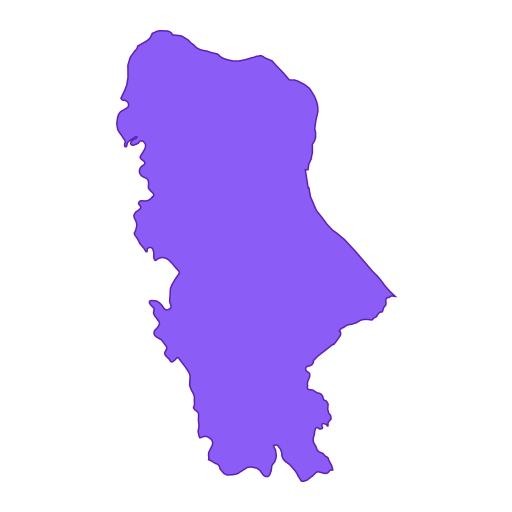 the district of El Peñon, Bolívar, Colombia
{"feature_id": "7082276B39093540987774", "entity_name": "El Peñon", "entity_type": "district", "adm_level": 2, "iso_a3": "COL", "parent_name": "Colombia", "parent_adm1": "Bolívar", "projection": "mercator", "projection_center": [-73.909, 8.86], "detail": "fine", "context": "isolated", "style": "filled", "palette": "violet", "viewbox_px": 512, "rotation_deg": 0, "n_neighbors": 0, "source": "geoboundaries", "source_scale": "gbopen_adm2", "svg_char_len": 6061}
<svg xmlns="http://www.w3.org/2000/svg" viewBox="0 0 512 512"><path d="M314.7,129.0L315.8,120.8L317.9,111.6L317.7,106.3L316.8,102.3L315.3,98.2L314.1,95.7L310.2,89.4L308.9,87.9L304.6,84.6L298.1,81.2L294.5,80.0L290.1,80.0L289.0,79.6L283.7,73.3L275.7,65.0L272.0,60.8L265.8,58.3L261.6,55.8L260.1,55.6L258.2,56.2L256.2,56.3L254.4,57.2L251.9,57.7L245.7,59.6L239.0,61.0L233.2,61.0L228.0,59.9L224.2,58.7L222.0,57.7L219.8,56.2L218.2,54.5L216.9,53.8L211.6,52.7L206.6,51.0L203.8,50.6L200.4,49.7L197.6,48.4L195.6,46.9L193.4,44.6L191.1,43.1L188.4,40.2L182.0,36.2L180.3,35.7L172.3,34.8L171.6,33.1L169.5,31.7L167.7,31.0L159.7,30.7L156.3,31.5L154.0,32.8L152.4,33.2L150.4,37.5L148.9,39.2L146.6,41.0L137.7,46.1L136.9,48.9L135.1,50.6L130.2,57.4L127.9,65.2L128.0,77.6L126.7,85.2L124.6,90.7L120.9,98.3L122.4,100.1L124.7,100.3L126.7,101.2L127.8,102.2L128.3,103.4L128.6,105.0L128.2,106.7L127.0,107.9L123.9,109.8L121.6,111.0L120.3,112.0L118.7,114.3L118.0,116.0L117.4,118.8L116.8,123.3L117.3,127.5L117.9,129.8L118.8,131.6L122.9,137.3L123.1,138.0L125.1,140.5L125.3,141.8L124.6,144.3L124.6,145.3L124.7,146.2L125.3,146.8L126.1,146.8L126.5,146.5L127.5,142.8L128.4,141.6L130.4,140.1L132.8,138.7L134.9,137.0L135.7,136.7L136.8,136.8L136.9,137.2L136.4,138.0L134.7,139.1L133.4,139.6L132.1,140.6L131.4,141.3L130.7,142.5L130.6,143.8L131.6,145.0L133.1,145.2L134.1,145.0L136.8,144.0L138.2,143.3L139.9,141.2L140.7,140.9L142.5,141.1L143.3,141.5L145.0,143.3L145.6,145.1L145.4,147.2L145.1,148.2L143.8,150.8L140.4,156.2L140.2,157.1L140.2,157.6L140.7,158.5L141.4,159.3L144.0,161.3L144.7,162.1L144.9,163.3L144.1,164.6L141.5,166.4L140.3,167.9L139.4,170.2L139.5,172.3L140.0,173.8L141.1,175.4L142.6,176.6L146.7,178.5L147.7,179.6L148.3,180.9L148.6,183.1L148.4,186.8L148.5,188.4L150.6,190.9L153.3,193.5L153.9,194.8L153.5,195.8L152.3,196.9L152.6,197.1L149.1,199.9L147.6,200.6L145.6,201.0L141.0,200.7L139.7,201.3L138.8,202.3L138.6,203.8L140.7,206.7L140.8,207.5L140.3,208.5L139.5,209.4L135.6,212.2L134.1,214.7L133.9,215.5L134.3,217.9L135.8,220.9L136.5,223.0L136.8,225.2L136.2,228.5L135.2,231.5L134.2,233.2L134.8,234.9L137.9,239.5L139.9,243.6L144.1,248.6L145.9,251.6L146.5,251.8L147.0,251.6L147.2,250.8L147.1,249.1L147.8,248.3L148.9,247.6L150.7,247.4L151.9,248.0L152.5,248.7L153.2,250.3L153.8,252.9L153.8,256.8L154.0,258.6L154.8,260.1L155.4,260.5L155.9,260.3L158.5,258.4L161.1,257.6L164.0,257.7L165.9,258.3L168.5,259.8L171.7,262.9L176.6,268.8L176.8,268.7L178.8,271.2L179.4,272.5L178.8,274.0L174.9,279.6L171.9,284.8L170.6,288.1L170.2,290.7L170.2,293.4L169.6,301.4L171.1,306.2L171.1,307.2L170.4,308.3L168.0,309.8L166.6,310.0L165.6,309.6L164.0,308.4L161.6,304.9L159.8,303.1L158.0,301.8L156.0,300.9L151.6,300.5L150.1,300.8L149.4,301.7L149.5,303.1L150.5,304.7L153.9,308.3L154.2,310.2L153.8,310.8L153.5,312.8L153.8,314.1L155.0,316.3L157.8,319.6L157.5,319.8L158.7,321.1L159.2,322.1L159.5,323.7L159.1,325.1L157.2,327.9L154.6,330.5L154.0,332.3L154.1,333.9L154.7,335.3L156.2,336.8L161.6,340.0L166.5,346.6L166.7,347.6L166.6,349.1L164.7,352.6L164.8,353.9L165.3,355.2L167.2,357.3L168.6,358.5L170.8,361.6L171.3,361.9L172.1,361.9L172.7,361.6L174.5,360.4L177.1,357.6L178.4,357.8L185.6,367.3L188.9,372.5L189.8,374.6L190.1,376.5L189.6,385.3L191.5,390.4L192.9,392.7L194.1,395.6L194.4,397.2L194.3,401.6L194.5,404.5L194.0,406.6L193.5,407.1L193.7,408.2L194.7,409.7L197.9,412.1L198.6,414.2L198.4,420.2L199.0,425.5L198.8,427.7L198.2,430.3L198.1,431.9L199.4,437.2L199.6,437.6L200.2,437.8L204.3,436.3L206.8,436.5L209.8,438.1L211.3,439.5L212.1,440.7L212.6,442.2L212.6,443.7L212.3,445.2L211.3,447.2L208.7,452.5L208.5,454.4L208.8,457.8L208.6,459.8L210.7,460.6L215.7,463.6L217.5,464.1L219.3,466.1L220.1,469.0L223.5,473.0L224.1,473.6L227.2,475.0L232.8,474.7L235.8,474.2L238.5,473.2L239.3,472.5L247.2,467.5L249.1,467.1L251.2,467.0L255.5,467.9L257.4,468.5L259.9,470.4L263.4,475.2L265.4,476.5L267.6,476.6L268.6,476.1L269.7,474.7L271.2,470.8L271.8,466.0L272.2,465.0L274.8,461.6L275.9,458.4L276.3,455.6L275.7,450.9L275.3,449.6L273.5,446.2L273.6,445.5L275.9,445.0L277.0,445.1L277.7,445.5L280.5,449.2L281.9,453.4L281.8,455.2L282.1,456.6L283.3,459.1L285.2,461.4L289.7,464.6L295.0,470.7L296.8,473.2L298.2,476.2L301.4,481.1L302.3,481.3L304.0,481.2L307.3,480.0L311.1,476.9L312.8,475.8L315.6,472.8L317.0,472.0L318.5,471.8L324.4,473.4L326.7,473.4L328.5,472.2L330.2,470.0L332.7,470.1L332.6,469.0L331.6,465.4L328.8,460.3L328.1,458.0L327.1,457.1L325.1,456.0L323.0,453.5L319.2,451.9L317.5,450.4L316.8,449.1L315.8,446.2L313.7,442.9L313.2,440.2L313.3,438.1L314.3,434.5L314.7,431.2L315.5,428.5L316.7,427.4L317.4,427.5L319.7,429.1L320.6,429.0L322.2,428.5L322.6,427.7L321.8,425.5L321.9,424.7L322.2,423.9L322.7,423.5L325.7,424.1L326.6,424.8L327.0,425.7L327.8,426.0L328.0,425.8L328.0,423.1L328.5,421.9L331.0,419.1L331.0,417.4L330.5,415.2L328.6,413.0L328.3,411.0L327.7,409.9L328.1,404.1L326.5,401.2L323.9,399.9L323.2,398.4L322.6,396.1L321.0,394.1L319.4,393.3L317.0,392.8L312.9,390.1L308.7,389.5L308.1,389.2L307.3,388.1L307.3,386.8L307.7,386.0L307.4,384.9L307.5,382.3L309.7,376.5L309.8,375.1L309.6,373.8L309.3,373.1L306.4,370.9L305.9,370.1L305.6,369.0L305.8,367.9L306.3,367.1L307.5,366.2L309.5,366.0L312.1,364.6L313.4,362.4L313.5,360.6L317.6,356.3L332.7,344.5L333.7,344.5L336.0,341.7L340.3,335.6L340.6,334.7L340.6,332.6L340.2,331.6L339.2,331.0L341.3,328.5L342.2,328.0L343.8,327.4L345.0,326.4L347.1,325.2L349.4,324.5L351.2,324.4L356.3,322.8L360.5,320.3L362.1,319.8L364.6,319.4L368.5,319.5L370.7,319.9L372.4,319.8L372.8,319.4L373.3,318.2L374.4,317.8L376.6,316.6L377.4,314.9L379.2,312.7L380.2,312.1L381.9,312.0L382.3,311.6L382.7,311.0L383.1,309.2L383.9,307.3L385.8,305.0L386.0,302.4L385.7,300.6L386.1,299.1L386.8,298.0L387.5,297.6L389.2,297.4L390.9,296.1L392.3,296.0L395.2,296.4L389.9,291.4L385.2,286.1L380.8,280.2L377.3,276.0L372.8,271.6L355.0,250.9L344.7,239.8L337.2,233.5L332.4,230.0L327.1,224.4L322.0,217.5L316.5,210.7L310.5,196.7L308.9,187.9L308.2,188.1L305.3,169.8L308.0,169.7L308.8,164.1L311.3,158.7L311.6,155.8L312.4,153.0L312.4,144.1L313.6,142.5L314.9,139.9L315.6,137.5L315.6,133.0L315.2,130.4L314.7,129.0Z" fill="#8b5cf6" stroke="#5b21b6" stroke-width="1.5"/></svg>